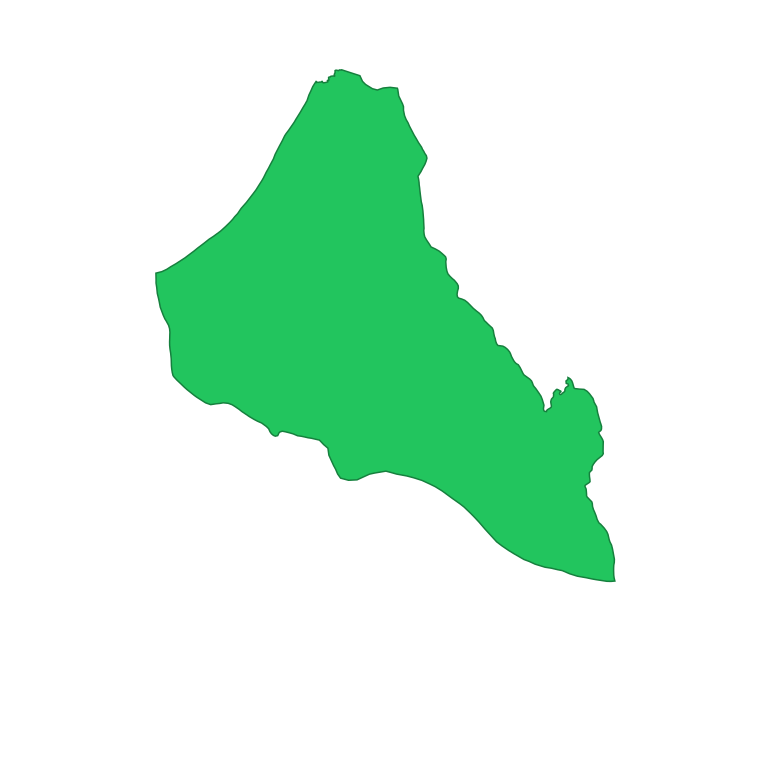 Vilabuly, Savannakhét, Laos, rotated 57°
{"feature_id": "54806243B77256668678203", "entity_name": "Vilabuly", "entity_type": "district", "adm_level": 2, "iso_a3": "LAO", "parent_name": "Laos", "parent_adm1": "Savannakhét", "projection": "orthographic", "projection_center": [105.936, 16.913], "detail": "fine", "context": "isolated", "style": "filled", "palette": "green", "viewbox_px": 768, "rotation_deg": 57, "n_neighbors": 0, "source": "geoboundaries", "source_scale": "gbopen_adm2", "svg_char_len": 6102}
<svg xmlns="http://www.w3.org/2000/svg" viewBox="0 0 768 768"><g transform="rotate(57 384 384)"><path d="M127.3,341.8L131.0,348.3L132.1,350.2L135.1,354.3L138.2,360.0L140.0,363.1L142.4,367.7L143.8,370.0L145.4,372.7L146.8,375.4L149.3,380.9L151.4,385.4L152.3,387.8L156.8,400.5L158.9,408.1L161.4,414.0L162.4,418.1L163.5,421.3L164.6,425.7L165.8,431.8L166.8,438.1L167.1,443.3L167.3,446.8L167.3,451.8L168.0,459.3L168.5,466.2L169.0,470.7L169.4,476.7L169.8,482.1L169.8,493.2L169.5,498.8L169.5,503.8L168.8,509.0L166.8,514.9L168.9,516.2L172.3,518.3L175.2,520.2L179.6,522.2L184.6,524.8L189.2,526.4L192.6,527.7L197.7,529.8L206.2,531.7L210.1,532.3L212.3,532.3L217.5,532.7L220.8,533.7L223.9,535.3L226.6,537.2L229.1,538.9L231.8,540.8L234.8,542.7L238.1,544.4L241.9,546.1L247.1,548.8L253.0,552.4L255.7,553.8L259.0,555.3L261.9,556.3L263.4,556.3L267.7,555.6L273.5,554.2L277.9,553.2L281.2,552.3L290.3,549.3L293.1,548.2L302.6,543.9L306.9,540.6L309.0,535.9L310.9,532.2L312.2,529.1L315.3,525.2L318.6,522.7L321.8,521.2L326.1,519.4L329.7,518.2L338.2,514.6L343.0,512.2L346.4,510.3L350.0,507.9L355.5,505.8L358.7,505.1L362.0,505.6L364.4,505.5L366.4,504.9L367.4,504.4L368.6,503.5L368.9,502.6L369.4,501.3L368.8,500.2L368.1,499.3L367.5,497.7L368.2,495.0L370.4,492.7L373.4,489.9L376.4,487.3L380.3,484.7L382.8,481.8L385.4,479.2L387.6,477.1L389.9,474.5L395.9,468.7L401.9,467.6L407.3,466.0L413.7,469.0L425.1,470.7L429.1,471.0L434.2,471.9L439.3,471.7L445.4,466.2L449.7,458.8L450.8,451.3L451.7,445.3L453.5,440.5L458.1,429.9L461.6,426.7L466.4,422.5L473.5,415.0L478.9,410.1L485.6,404.6L492.9,400.0L498.1,396.9L505.3,393.5L517.7,388.8L525.2,385.8L530.6,383.9L539.5,381.8L545.4,380.6L551.7,379.5L560.7,378.3L577.7,375.5L584.1,373.2L591.5,370.1L597.4,367.3L607.4,362.2L612.0,358.8L617.4,355.4L625.4,348.7L629.5,344.1L634.3,339.5L637.6,336.1L644.2,331.7L650.5,326.5L656.8,319.7L660.8,315.7L663.5,312.8L670.9,304.5L673.2,301.1L675.0,297.7L671.9,296.6L669.4,295.4L665.6,293.1L663.2,291.5L661.0,289.9L659.0,288.0L656.4,286.2L646.8,282.2L643.0,280.9L639.4,280.5L637.1,279.9L632.2,278.1L629.1,277.6L624.8,277.8L619.5,278.7L618.0,279.3L616.4,279.3L613.7,279.0L609.9,277.9L606.4,277.2L603.3,276.7L600.3,275.8L597.7,274.4L596.0,273.9L589.3,275.2L588.1,275.0L586.7,274.1L584.5,272.9L582.2,271.7L580.3,271.4L578.9,271.1L578.5,270.2L578.4,265.3L578.1,264.4L576.2,263.3L573.6,262.1L571.5,260.9L570.2,260.0L569.7,258.3L569.5,256.8L568.6,255.8L566.6,254.4L565.4,252.3L564.4,249.8L563.5,246.5L562.8,239.9L561.9,238.1L560.0,237.1L554.5,233.4L551.8,231.5L549.9,231.0L547.4,230.8L544.4,230.8L541.7,230.5L541.4,230.0L541.1,227.4L540.2,226.1L538.0,224.6L535.6,223.9L533.6,223.4L524.5,220.5L521.4,219.2L518.9,218.1L516.1,217.9L513.5,217.7L512.5,217.3L509.9,216.6L506.8,216.8L503.9,217.0L500.8,217.6L497.5,219.1L494.7,222.9L491.8,226.4L490.9,226.8L485.7,225.2L483.6,224.8L481.4,225.0L479.8,225.6L478.8,226.2L479.5,226.6L480.0,227.0L480.2,227.4L480.4,227.9L480.5,229.3L480.6,229.7L480.9,229.9L482.3,230.6L482.6,230.8L482.9,230.8L483.2,230.5L483.7,230.0L484.1,229.7L485.3,229.9L485.8,230.1L486.0,230.5L485.8,230.9L485.9,231.1L486.0,233.1L486.1,233.7L486.3,234.1L486.9,235.0L487.2,235.3L487.8,235.7L488.4,236.2L488.7,236.9L488.9,238.4L488.8,239.2L489.2,240.5L489.2,241.1L489.0,241.7L488.7,242.1L488.4,242.2L488.1,242.2L487.7,242.1L487.3,241.7L487.0,241.2L486.9,240.6L486.9,240.0L486.5,239.6L485.9,239.8L485.4,240.3L484.8,240.5L483.9,240.9L482.8,241.7L482.5,242.3L483.2,245.3L483.6,246.1L483.9,246.9L484.4,247.2L485.2,247.4L485.6,247.7L486.0,248.1L486.6,248.5L487.3,249.4L487.5,250.5L487.9,251.8L488.8,252.9L489.9,254.0L490.6,254.2L491.3,254.6L492.1,254.9L493.1,255.3L494.3,256.1L494.6,256.7L494.7,258.1L494.6,259.7L494.6,261.1L494.8,261.7L495.2,262.5L495.6,262.8L494.4,264.2L493.6,264.4L493.2,264.4L492.8,264.3L491.5,263.7L488.9,261.4L483.2,259.7L479.7,259.0L476.7,259.0L470.4,259.2L467.4,259.6L465.7,259.4L463.8,258.9L461.8,258.6L459.2,259.1L452.8,261.6L451.1,261.7L444.4,260.9L441.0,260.9L438.9,262.0L437.1,262.4L435.0,262.5L432.6,262.3L430.4,262.1L427.9,261.5L425.8,261.2L423.3,261.4L421.7,261.7L419.2,262.5L417.0,263.7L413.7,267.5L411.5,267.6L408.9,267.0L406.5,266.0L404.3,265.5L401.6,264.5L398.7,263.2L396.1,262.7L390.7,264.1L387.8,264.7L385.4,265.3L382.4,264.9L379.5,264.9L376.6,265.5L373.2,266.7L369.2,267.9L361.2,269.5L357.7,270.7L355.1,272.5L352.5,274.7L350.8,274.9L348.6,273.9L346.0,271.6L344.3,269.6L342.2,268.3L339.8,268.0L335.3,268.5L332.8,269.3L329.7,270.0L326.5,270.4L323.7,269.8L320.0,268.3L315.1,265.6L313.1,263.8L311.0,263.1L309.3,263.4L306.0,264.3L302.7,265.3L298.7,267.4L294.7,269.9L291.7,269.8L286.7,269.9L282.8,269.7L280.3,268.8L277.0,267.1L275.3,265.7L270.1,262.7L267.6,261.2L260.0,257.1L255.0,254.7L251.5,253.5L246.7,251.2L241.6,248.7L238.7,247.2L236.1,246.0L234.0,244.8L231.0,243.4L228.3,242.4L226.0,237.3L224.3,234.4L222.1,230.2L220.2,227.5L218.0,225.0L215.5,224.1L212.9,224.2L210.4,223.9L208.0,223.9L206.0,223.5L200.4,223.6L195.4,223.3L191.9,223.2L181.5,222.2L178.2,221.6L174.2,221.4L170.1,220.6L165.1,218.6L162.0,216.6L159.2,215.9L150.5,214.8L144.4,212.0L143.2,211.7L138.5,217.3L135.3,223.5L133.8,229.5L130.0,232.9L122.8,236.3L118.5,237.2L112.3,236.3L106.3,241.2L97.4,248.4L97.4,249.0L96.9,249.5L96.5,250.0L96.4,250.3L96.3,250.8L96.4,251.1L96.4,251.3L96.3,251.7L95.2,252.6L94.9,253.0L94.7,253.3L94.5,253.8L94.5,254.3L94.6,254.5L94.8,254.6L95.8,255.1L96.3,255.7L96.8,256.2L97.1,257.0L98.6,257.5L98.9,257.8L98.6,258.2L98.4,258.4L98.1,258.6L97.6,259.7L97.0,260.8L97.0,261.2L97.2,261.7L97.2,261.9L97.1,262.1L96.7,262.7L96.7,263.4L97.1,263.8L98.8,264.5L99.1,264.7L99.2,265.2L99.1,265.6L98.8,265.7L98.6,266.0L98.8,266.3L99.3,266.3L100.0,266.6L99.8,267.5L99.6,268.0L99.4,268.6L99.1,269.2L98.9,269.8L98.4,270.8L97.9,271.1L97.7,271.2L97.4,271.2L97.1,271.0L96.6,271.0L96.4,271.3L96.4,272.1L96.5,272.5L95.6,273.8L95.6,274.2L95.4,274.6L94.8,275.3L94.6,275.7L94.3,276.6L93.9,276.7L93.7,276.6L93.0,275.5L94.2,278.4L95.8,281.8L98.3,285.6L100.7,289.5L104.6,294.4L105.2,295.7L106.4,297.9L107.7,300.7L110.7,306.6L114.1,313.9L115.5,316.6L119.2,325.6L120.8,330.0L121.8,332.2L124.7,337.0L127.3,341.8Z" fill="#22c55e" stroke="#15803d" stroke-width="1.5"/></g></svg>